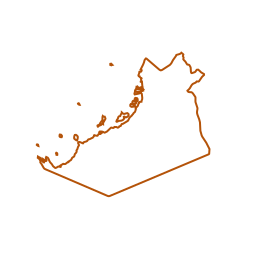 SVG path tracing the border of Abu Dhabi, rotated 329°
{"feature_id": "ARE-349", "entity_name": "Abu Dhabi", "entity_type": "Emirate", "adm_level": 1, "iso_a3": "ARE", "parent_name": "United Arab Emirates", "parent_adm1": "", "projection": "robinson", "projection_center": [53.623, 23.935], "detail": "fine", "context": "isolated", "style": "outline", "palette": "amber", "viewbox_px": 256, "rotation_deg": 329, "n_neighbors": 0, "source": "natural_earth", "source_scale": "10m", "svg_char_len": 5880}
<svg xmlns="http://www.w3.org/2000/svg" viewBox="0 0 256 256"><g transform="rotate(329 128 128)"><path d="M212.5,91.0L213.1,92.5L213.3,93.5L212.1,94.6L211.9,96.3L211.3,96.9L210.8,97.6L210.9,98.6L211.4,100.7L211.4,103.3L211.5,104.1L211.8,104.4L212.6,105.0L212.9,105.5L213.0,105.9L212.9,108.2L212.6,108.9L211.0,112.0L210.7,112.9L210.7,113.6L211.2,113.9L213.9,114.5L214.6,114.5L216.9,113.5L218.2,114.1L218.8,115.8L219.3,117.9L220.9,120.9L220.5,121.7L217.8,122.3L212.9,124.5L212.1,124.4L211.0,123.5L210.3,123.6L209.6,123.9L209.0,123.9L207.6,123.7L206.2,123.6L205.0,123.9L203.9,124.4L201.8,125.6L200.0,126.3L198.2,126.6L198.1,127.3L198.4,128.2L199.1,128.9L200.7,129.9L201.3,130.9L201.5,132.4L201.7,136.0L201.5,136.7L199.6,139.8L199.2,140.6L197.8,146.7L197.2,147.6L195.7,149.4L194.9,150.7L194.4,152.3L193.5,157.2L192.6,160.2L188.6,167.7L187.3,172.4L187.2,173.8L187.5,180.9L187.0,188.0L184.3,191.9L183.6,192.1L77.5,176.9L76.5,176.6L75.6,175.8L36.1,121.0L35.4,119.9L35.2,118.6L35.3,114.2L35.1,112.4L36.0,111.0L36.0,108.8L35.3,107.1L36.1,106.1L36.5,106.9L37.4,108.3L37.6,109.3L37.5,112.1L37.8,113.8L38.4,114.2L39.0,113.5L39.4,111.3L39.7,111.9L40.1,113.4L40.4,113.9L40.6,114.0L41.0,114.1L41.3,114.0L41.6,113.7L41.4,113.4L42.2,111.3L43.0,110.7L43.9,112.1L44.0,113.1L43.6,116.2L43.6,117.4L44.1,119.8L44.1,121.9L44.2,122.5L44.6,123.5L44.7,123.9L45.1,124.8L46.1,125.1L48.2,125.1L48.6,125.3L49.0,125.5L50.1,126.6L50.4,126.6L50.6,126.3L50.3,126.0L50.2,125.4L51.1,125.3L53.5,125.4L53.8,125.3L54.1,125.4L54.6,126.0L55.9,126.6L58.1,126.3L58.8,126.5L59.2,126.2L59.6,126.5L60.3,126.1L62.5,126.1L63.2,125.8L64.8,124.8L65.5,124.7L66.9,124.7L67.4,124.5L69.0,123.0L70.3,122.6L71.1,122.3L71.8,121.8L72.3,120.7L73.6,120.1L75.5,118.4L76.2,118.0L76.8,117.8L77.2,117.4L77.5,115.1L78.3,114.6L79.1,114.9L79.8,115.6L81.3,117.8L81.7,118.0L82.0,117.6L82.4,117.4L83.4,117.5L85.1,118.0L86.0,118.1L86.5,118.0L87.9,117.4L88.4,117.4L89.3,117.8L92.9,118.1L94.8,117.4L95.0,117.2L95.1,116.8L95.3,116.8L95.6,116.9L95.9,117.4L97.2,118.5L97.9,118.9L99.6,118.1L100.5,118.5L101.2,118.9L102.0,118.8L101.4,118.4L101.2,117.9L101.1,116.8L102.0,116.5L103.1,117.1L104.1,117.9L104.8,118.8L105.4,119.8L105.7,120.0L108.1,120.2L113.4,119.0L113.8,119.0L114.2,119.3L114.8,119.9L115.2,120.3L115.8,120.4L116.4,120.4L116.9,120.1L117.7,120.7L118.5,121.1L119.2,122.2L119.5,122.5L119.8,122.5L120.8,122.5L121.5,122.1L122.7,122.5L124.6,121.4L125.8,121.8L130.9,121.8L132.0,121.7L132.4,121.3L135.0,119.8L137.7,119.3L138.5,118.9L139.4,118.7L140.5,118.1L142.2,117.8L143.5,116.8L144.2,116.0L144.5,115.3L144.9,114.9L147.7,114.1L149.9,112.3L150.3,112.3L150.6,111.6L151.4,111.7L153.1,112.4L153.4,111.9L155.0,110.6L155.8,109.4L157.4,105.9L157.2,104.7L157.3,104.1L158.0,103.7L157.4,103.4L157.4,103.1L158.1,103.1L159.1,103.6L159.7,103.7L159.5,103.1L158.7,102.3L158.6,101.7L160.5,102.5L160.9,103.1L161.1,103.1L161.0,101.8L160.2,101.4L159.1,101.3L158.0,101.1L155.5,99.3L154.6,99.1L154.6,98.8L155.1,98.6L155.6,98.2L156.0,97.7L156.2,98.4L156.6,98.8L156.4,98.3L156.6,97.8L157.1,97.1L157.4,97.1L157.7,98.4L158.6,99.7L159.6,100.5L160.6,100.4L159.7,99.7L160.2,99.7L161.1,100.0L161.5,100.1L162.0,99.2L163.7,95.7L163.0,95.4L162.7,94.9L162.9,94.6L163.6,94.4L164.0,94.1L164.1,93.4L164.4,92.7L165.2,92.4L165.2,92.1L164.8,91.8L164.3,90.0L164.5,89.7L163.9,89.1L164.0,88.3L164.4,87.9L166.0,86.7L166.4,85.9L166.7,85.7L168.0,86.4L168.7,86.2L169.3,85.8L169.5,85.1L168.9,84.4L173.5,81.5L175.5,80.0L176.8,78.7L177.6,78.1L179.2,77.6L179.6,78.1L184.8,93.8L185.2,94.7L185.7,95.4L186.5,95.7L187.4,95.8L196.3,95.5L197.4,95.2L198.7,94.7L201.5,93.0L206.1,91.0L207.1,90.3L210.4,91.2L212.1,91.2L212.5,91.0ZM123.8,117.2L121.9,117.0L121.5,116.8L121.4,116.5L122.1,115.8L122.6,115.4L124.1,114.8L124.9,114.0L125.4,113.6L126.1,113.4L126.5,113.4L127.4,113.8L127.7,113.6L128.7,112.8L130.3,112.0L130.7,111.4L130.9,112.0L130.7,112.4L131.3,113.4L132.5,114.2L134.0,114.5L135.2,115.0L135.6,116.4L135.0,117.5L133.7,118.0L132.2,118.0L131.0,117.4L131.1,117.0L130.7,116.3L130.2,116.2L129.8,117.1L130.1,117.4L129.0,118.2L127.6,118.5L126.2,118.3L123.8,117.2ZM108.6,112.0L108.1,111.3L107.5,111.2L106.7,110.8L106.3,111.5L104.1,111.1L102.9,111.4L102.8,111.1L102.9,110.8L103.1,110.2L103.3,110.1L104.8,110.4L105.3,110.3L106.3,109.8L106.8,109.4L108.9,108.5L109.3,108.5L109.7,109.2L110.1,109.5L110.5,109.3L110.6,108.7L110.5,108.2L110.3,107.7L111.9,105.3L112.6,104.7L112.9,105.7L113.9,106.3L113.6,108.2L113.0,108.8L111.4,109.6L110.6,110.2L109.6,110.3L109.0,110.8L109.0,111.3L108.6,112.0ZM76.6,108.9L77.8,107.3L78.8,106.6L79.8,107.0L80.2,107.7L80.5,109.0L80.4,109.8L79.5,111.0L78.0,112.5L77.4,111.9L76.5,109.9L76.6,108.9ZM155.1,104.1L151.1,102.7L151.1,102.0L152.8,100.3L153.4,99.4L153.7,99.4L153.4,100.4L153.7,101.3L154.4,101.9L156.0,102.7L156.8,103.6L156.8,104.1L156.2,104.3L155.1,104.1ZM145.1,113.8L144.7,112.9L143.7,112.5L142.7,112.1L141.8,111.6L141.3,110.3L141.9,109.3L142.8,108.9L143.4,109.4L145.0,111.3L145.4,112.5L145.1,113.8ZM148.2,110.5L147.9,110.8L147.1,111.1L146.6,111.1L146.4,111.0L145.7,110.1L144.7,109.5L144.6,109.2L144.8,108.4L145.1,108.0L145.6,107.6L146.2,107.4L146.8,107.4L147.6,108.9L148.5,110.1L148.2,110.5ZM66.2,98.5L67.1,99.2L67.4,100.4L66.9,101.4L66.4,101.7L65.7,101.3L65.1,100.6L65.0,100.0L65.7,98.8L66.2,98.5ZM150.7,106.7L151.1,107.1L151.2,107.8L150.7,109.2L150.0,109.5L148.9,107.4L148.8,107.1L149.1,107.0L149.5,107.2L150.1,107.5L150.2,107.3L150.1,107.0L149.4,106.5L149.3,106.1L149.8,106.0L150.7,106.7ZM145.9,63.9L146.7,64.2L147.1,65.9L146.5,65.7L146.0,65.7L145.3,64.8L145.9,63.9ZM53.3,112.5L53.8,112.3L54.2,112.9L54.1,113.2L54.2,113.4L53.9,114.1L53.5,114.6L52.9,114.2L53.1,113.8L53.1,113.3L53.3,112.5ZM97.7,81.3L98.5,81.4L98.6,82.2L98.5,83.2L98.2,83.0L98.1,82.7L97.8,82.3L97.6,81.6L97.7,81.3ZM41.6,95.2L42.1,95.6L42.3,96.0L41.9,97.3L41.7,97.1L41.6,96.4L41.7,96.1L41.5,95.9L41.4,95.9L41.4,96.2L41.2,96.0L41.1,95.5L41.4,95.2L41.6,95.2Z" fill="none" stroke="#b45309" stroke-width="2"/></g></svg>